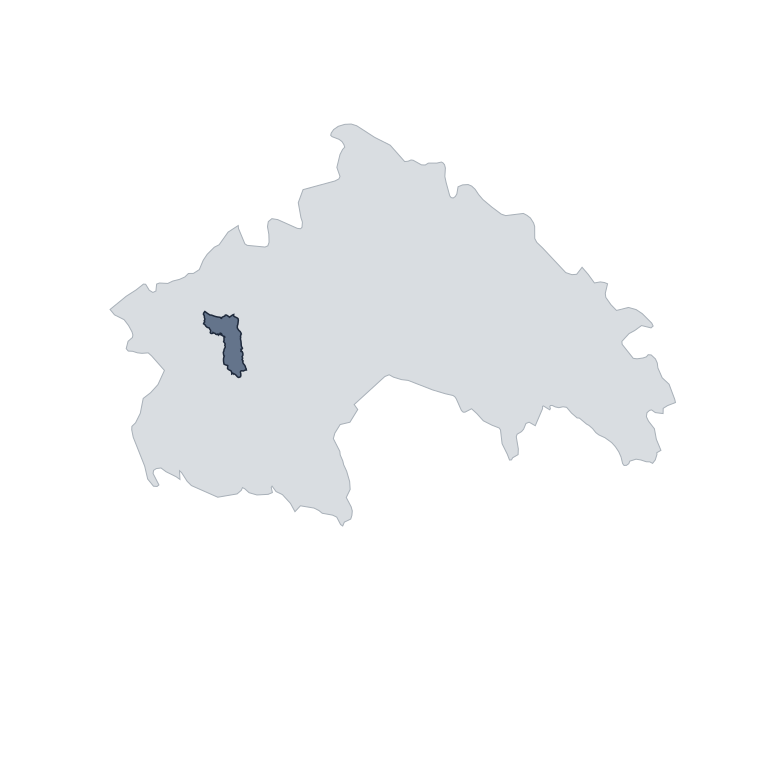 Lelouma, Lélouma, Guinea (highlighted), rotated 318°
{"feature_id": "49546643B79531384041877", "entity_name": "Lelouma", "entity_type": "district", "adm_level": 2, "iso_a3": "GIN", "parent_name": "Guinea", "parent_adm1": "Lélouma", "projection": "equal_earth", "projection_center": [-12.691, 11.514], "detail": "fine", "context": "in_parent", "style": "filled", "palette": "slate", "viewbox_px": 768, "rotation_deg": 318, "n_neighbors": 0, "source": "geoboundaries", "source_scale": "gbopen_adm2", "svg_char_len": 6245}
<svg xmlns="http://www.w3.org/2000/svg" viewBox="0 0 768 768"><g transform="rotate(318 384 384)"><path d="M454.3,511.4L449.3,510.4L447.0,511.7L440.4,522.1L436.4,526.2L430.2,524.9L428.0,525.7L426.4,524.5L428.6,518.8L431.8,507.4L439.9,496.0L440.1,493.6L436.7,486.9L433.2,477.8L433.2,468.1L432.5,461.0L425.3,459.1L424.0,457.9L423.8,455.5L427.8,443.3L428.1,440.9L427.6,438.7L423.2,432.5L416.2,421.0L404.3,397.4L399.9,392.4L395.6,385.2L394.0,380.6L389.6,379.0L348.1,379.3L347.4,385.4L333.1,389.6L324.3,384.8L314.6,387.6L309.8,390.7L306.1,404.5L304.0,407.4L301.9,413.6L300.0,417.0L297.9,423.8L293.2,433.5L288.3,439.7L280.0,443.1L277.4,453.3L275.5,457.1L272.3,460.1L268.9,462.1L262.1,460.1L258.3,461.9L257.7,459.4L259.8,451.3L258.1,447.1L251.6,438.7L251.0,434.6L249.0,429.4L240.4,418.6L232.4,419.3L234.6,410.2L234.5,398.2L231.8,391.7L232.5,385.0L231.0,385.4L228.4,390.0L224.1,388.5L215.3,381.4L211.0,374.5L210.4,368.6L209.5,366.3L206.8,367.5L201.3,367.4L184.7,356.9L172.9,330.6L172.6,324.6L174.3,314.4L174.0,311.6L168.5,318.4L167.5,313.9L163.3,303.3L162.1,297.2L158.2,294.5L155.0,294.0L152.5,296.0L149.2,308.4L146.8,308.3L144.3,305.7L144.8,296.5L151.2,284.9L162.0,255.8L165.9,249.2L168.3,246.8L173.4,246.6L183.3,242.7L195.4,233.6L204.7,234.3L215.6,233.2L229.9,227.0L230.1,207.5L229.6,203.1L224.6,199.2L221.6,195.8L219.1,191.5L216.0,188.4L216.1,185.2L222.4,181.0L228.2,181.1L230.2,179.5L231.6,176.7L233.3,169.7L233.9,162.3L230.0,152.3L230.3,145.3L251.2,146.3L262.7,148.2L272.1,148.8L273.6,150.4L272.3,157.2L273.5,161.3L276.7,162.3L281.9,157.6L284.7,158.7L290.6,164.6L296.0,166.2L302.0,169.4L307.6,171.2L312.6,171.0L316.4,174.3L323.3,175.4L332.4,171.1L339.4,169.3L349.4,168.8L354.6,170.2L369.8,166.8L381.7,168.7L379.9,171.1L374.4,186.7L375.1,189.4L387.2,202.6L390.1,203.6L393.4,201.8L398.6,195.7L402.7,189.1L406.7,185.9L411.3,186.1L415.0,190.7L423.7,210.3L425.9,212.8L427.9,212.7L431.7,209.1L433.6,204.8L441.6,191.9L453.9,185.4L483.4,200.3L487.7,201.4L490.2,200.3L493.9,191.5L504.9,184.0L510.2,182.0L513.3,181.7L514.4,179.3L515.0,175.8L514.3,172.1L510.9,165.4L510.8,163.5L512.7,162.2L516.9,161.2L522.4,161.9L528.6,164.8L533.6,168.9L536.5,173.8L542.1,194.5L548.4,210.7L548.2,232.5L551.0,234.6L554.0,235.6L555.4,237.3L558.5,246.3L561.3,248.9L564.7,249.5L571.1,255.2L575.2,257.5L575.8,259.2L575.7,261.6L574.1,264.6L568.0,270.6L565.0,275.8L558.8,288.1L558.6,290.4L559.9,292.1L562.5,292.4L565.3,291.5L571.0,287.0L575.6,288.6L580.0,292.1L581.6,295.6L582.0,300.3L581.1,306.4L580.9,313.1L582.5,324.6L584.8,336.2L587.1,340.3L601.7,350.5L603.1,354.3L603.9,358.6L602.9,364.4L601.4,367.7L593.4,376.7L592.3,381.0L592.9,389.0L593.6,422.8L596.8,428.5L600.6,431.4L609.3,429.8L609.1,439.2L608.0,449.7L613.1,452.9L615.7,456.1L617.2,459.1L609.1,464.7L606.8,468.0L605.7,476.8L606.0,484.9L616.9,490.7L621.2,497.5L623.0,504.6L623.7,517.9L622.8,521.0L620.0,521.0L614.5,512.9L606.0,512.0L599.8,510.5L589.3,511.5L587.5,513.9L586.4,531.7L588.9,534.6L593.9,538.0L597.2,539.4L599.9,539.0L602.0,541.2L602.5,547.0L601.1,551.3L598.3,555.3L594.9,565.5L595.7,574.9L589.8,589.9L588.2,592.8L580.3,589.8L575.2,588.9L571.6,592.7L566.5,586.8L565.5,582.3L563.7,581.3L560.2,581.3L557.1,583.9L555.7,588.6L555.0,598.2L549.4,607.3L545.4,618.6L540.7,617.6L539.7,619.0L534.8,621.9L530.5,622.7L529.4,619.7L526.9,617.3L524.1,612.4L521.0,608.5L515.0,605.8L512.6,607.0L509.8,606.7L507.9,605.2L508.1,602.8L511.3,596.9L513.1,591.5L514.0,585.5L514.0,579.9L512.3,571.9L509.6,565.6L508.9,561.9L509.2,556.7L508.6,551.9L507.7,549.3L506.4,540.1L504.8,538.4L503.9,531.1L504.1,523.5L501.8,520.7L498.1,518.6L496.0,515.7L494.6,512.4L493.3,511.4L492.2,511.6L491.1,513.7L489.9,514.1L487.8,507.0L486.9,506.7L485.4,508.4L468.5,516.2L466.3,509.5L463.1,508.3L457.5,511.0L454.3,511.4Z" fill="#d9dde1" stroke="#a8b0b8" stroke-width="1"/><path d="M277.6,274.7L278.3,274.9L278.9,275.2L278.9,275.3L279.0,275.2L279.4,276.1L279.9,277.7L279.9,280.5L280.1,281.5L280.5,282.0L282.2,282.6L283.2,282.0L284.4,280.6L285.2,279.1L285.8,278.7L286.6,278.6L287.3,279.1L288.0,280.1L290.6,281.0L291.1,281.5L291.8,280.4L291.9,279.6L292.7,278.1L293.0,276.9L293.1,275.6L293.1,274.9L293.3,274.1L293.6,273.4L294.2,272.6L294.7,272.6L294.8,272.0L294.8,271.0L295.0,270.7L295.5,270.6L296.0,270.4L296.3,270.2L296.8,268.7L297.5,268.5L298.2,268.3L299.1,267.5L299.7,266.6L300.0,265.9L300.3,265.0L300.0,264.7L299.7,264.5L299.5,264.0L299.7,263.7L300.3,263.6L300.8,263.0L300.9,262.5L301.8,263.0L302.8,262.7L302.9,262.0L303.2,260.8L303.5,260.2L304.2,259.2L304.9,258.4L305.5,257.6L306.4,256.4L307.1,255.0L307.3,254.8L308.0,253.9L308.4,253.6L308.9,253.3L309.2,252.5L310.1,252.0L310.9,251.3L311.4,251.4L311.5,251.2L311.9,250.2L312.2,248.7L312.0,247.1L312.3,244.9L312.6,244.0L313.1,243.6L313.9,242.6L315.0,242.1L316.6,240.8L317.1,240.3L318.4,239.2L319.3,237.7L319.0,236.4L318.0,234.0L317.8,233.0L318.2,232.3L318.8,231.8L318.6,231.7L318.4,231.6L318.2,231.6L317.7,231.4L317.3,231.4L317.1,231.4L316.9,231.3L316.7,231.2L316.3,231.2L314.5,231.0L313.8,230.9L313.9,230.6L313.1,227.4L312.2,226.6L311.0,227.0L309.9,226.5L309.3,226.3L308.7,226.2L308.0,226.0L307.2,226.5L306.8,225.8L307.0,225.1L306.4,224.2L305.3,223.0L304.3,221.6L303.4,220.2L302.0,217.5L300.8,216.2L300.1,213.6L299.4,210.2L299.2,210.1L298.4,210.5L297.4,210.6L296.4,211.4L296.2,212.8L295.7,213.6L295.1,214.2L294.4,215.8L293.7,216.4L292.8,216.6L292.3,217.9L291.5,217.9L290.7,218.3L290.2,218.5L290.6,220.3L290.3,221.9L290.4,222.7L290.5,223.6L291.6,225.4L291.2,226.7L291.1,228.1L290.8,228.4L290.1,229.0L289.2,229.6L289.2,230.5L289.8,231.3L290.7,231.7L291.4,231.3L291.5,232.0L291.8,232.5L292.3,233.3L292.3,234.5L292.7,235.2L293.6,235.5L293.6,236.5L294.0,236.2L294.2,236.7L294.7,236.6L294.7,237.0L295.2,237.0L295.5,237.8L296.4,236.8L296.8,237.5L296.8,238.3L296.4,239.3L296.1,239.4L296.4,240.4L296.9,241.4L297.3,242.0L297.1,242.4L296.6,241.8L296.2,242.4L295.0,243.7L294.4,244.6L293.4,244.9L293.1,245.3L293.1,246.7L292.7,248.1L291.6,248.6L291.2,249.8L290.6,250.5L289.2,250.9L288.2,251.4L287.0,252.4L285.8,252.9L284.7,254.4L283.9,255.9L283.7,256.2L283.9,256.4L282.7,257.1L281.9,257.6L280.9,258.6L279.7,260.1L278.4,262.2L279.1,263.9L280.2,265.7L278.9,267.0L278.0,267.9L278.1,269.1L278.4,270.1L279.0,271.5L279.0,272.4L278.4,273.7L277.7,274.6L277.6,274.7Z" fill="#64748b" stroke="#1e293b" stroke-width="1.5"/></g></svg>